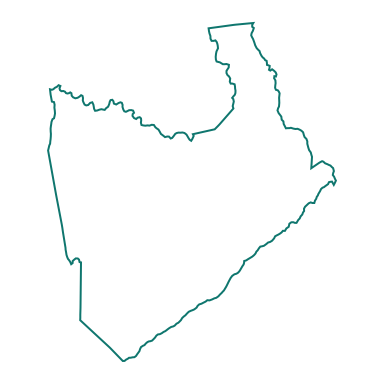 Queimadas, Bahia, Brazil
{"feature_id": "56859067B17136917301382", "entity_name": "Queimadas", "entity_type": "district", "adm_level": 2, "iso_a3": "BRA", "parent_name": "Brazil", "parent_adm1": "Bahia", "projection": "equal_earth", "projection_center": [-39.706, -11.046], "detail": "fine", "context": "isolated", "style": "outline", "palette": "teal", "viewbox_px": 384, "rotation_deg": 0, "n_neighbors": 0, "source": "geoboundaries", "source_scale": "gbopen_adm2", "svg_char_len": 5262}
<svg xmlns="http://www.w3.org/2000/svg" viewBox="0 0 384 384"><path d="M208.6,28.3L209.0,31.2L209.5,33.5L210.4,36.0L210.5,38.7L211.6,40.9L213.5,40.9L215.4,40.4L216.7,42.0L217.3,43.7L217.7,45.5L218.0,48.3L216.5,51.4L216.0,53.9L215.7,56.9L215.9,59.6L216.6,61.5L218.4,62.0L219.8,62.3L221.4,63.3L222.9,64.2L224.8,64.2L226.4,64.0L228.9,64.8L228.7,67.5L227.5,69.3L226.5,70.9L226.5,73.1L227.5,75.1L229.0,76.4L230.2,78.5L229.8,81.7L230.7,83.6L232.5,83.6L234.6,84.3L235.0,86.5L235.1,88.4L235.5,90.7L235.4,93.1L234.8,94.8L233.5,96.2L232.2,97.9L233.3,99.1L233.8,101.5L233.3,103.7L232.7,106.1L233.4,108.5L219.6,124.3L217.7,126.3L214.7,129.3L192.9,134.2L193.7,135.9L192.9,137.7L192.2,139.2L191.2,140.8L189.7,139.8L188.7,138.4L187.8,136.8L186.5,134.6L184.5,133.0L182.5,132.5L180.4,132.7L178.6,132.6L176.8,133.0L175.3,133.8L173.5,136.3L172.2,137.9L170.7,138.5L169.0,136.6L167.3,136.5L165.0,137.1L162.8,135.3L160.9,133.9L159.7,131.6L158.4,129.5L157.0,128.6L155.4,127.3L153.9,125.0L151.7,124.8L149.6,125.6L147.5,125.4L145.3,125.7L143.1,125.4L141.5,125.0L140.9,122.7L141.2,120.4L141.0,118.4L139.7,117.2L137.6,117.7L136.2,119.0L134.1,118.1L132.5,115.9L132.7,114.1L134.0,112.8L133.1,110.6L131.4,110.1L129.1,110.2L127.4,111.1L125.9,111.8L124.3,111.3L123.3,109.5L122.5,106.9L122.6,104.9L121.8,102.8L120.4,102.3L118.6,103.0L116.2,104.5L113.9,103.6L113.4,101.2L112.3,99.8L110.6,100.1L109.8,101.6L109.2,104.2L108.1,106.7L106.1,108.2L104.7,109.9L103.2,109.6L101.4,109.2L99.3,109.7L97.2,110.5L95.1,110.8L94.1,108.8L93.8,106.9L93.4,104.7L92.3,102.3L90.2,102.9L88.2,105.0L86.2,105.4L84.6,104.6L83.4,102.2L82.8,100.5L83.0,98.0L82.5,95.9L81.1,95.2L79.5,96.6L77.6,97.8L75.3,98.3L73.1,97.3L71.7,95.7L71.4,93.2L70.2,92.4L68.9,93.2L67.4,93.5L66.0,93.1L65.0,91.7L63.3,91.0L61.4,91.2L60.0,90.1L59.5,88.3L60.4,86.0L58.6,85.2L56.9,86.8L54.9,87.8L53.4,89.2L51.9,89.8L50.0,89.3L50.6,94.6L51.9,101.6L54.0,102.1L54.6,104.7L54.4,107.7L54.8,110.6L55.0,113.5L54.6,115.8L54.0,118.3L52.5,119.2L51.5,121.9L51.2,124.2L50.9,126.1L50.6,128.6L50.7,131.6L50.9,133.9L50.8,136.6L50.6,139.1L50.3,141.3L50.1,143.7L49.3,145.4L48.7,148.0L48.1,150.5L56.0,194.3L56.6,197.5L61.8,224.6L62.4,228.2L62.9,231.8L65.5,247.8L65.6,249.6L66.1,252.3L66.5,254.9L67.3,257.3L68.0,258.9L69.1,260.2L70.2,261.9L71.2,264.2L72.6,263.1L72.7,261.0L74.5,259.4L75.8,258.4L77.8,258.5L79.0,259.6L79.6,262.1L81.0,262.4L80.5,307.8L80.3,314.6L80.3,317.8L80.2,320.2L94.0,333.0L109.8,347.6L122.8,361.0L124.6,360.9L126.1,359.6L127.7,358.8L129.0,357.8L130.8,357.7L132.7,357.3L134.4,357.2L136.0,356.0L137.4,353.9L139.4,351.2L140.1,349.0L141.0,347.1L142.9,345.8L144.5,345.1L145.7,343.6L147.4,342.1L148.9,341.4L150.4,341.2L152.1,340.6L153.9,338.8L155.1,337.5L156.4,335.6L158.0,334.4L159.8,334.2L161.8,333.2L163.6,331.9L165.0,331.3L166.3,330.4L167.4,329.5L169.3,328.1L171.3,326.9L173.0,326.5L174.6,325.7L176.5,323.7L178.4,322.7L180.9,320.2L182.2,318.0L183.9,316.4L185.4,315.3L186.8,313.7L188.7,311.8L190.8,310.8L192.2,310.3L193.9,309.6L195.5,308.5L196.7,307.5L197.5,306.0L199.2,304.4L201.5,303.7L203.4,302.7L205.6,301.6L207.3,300.2L209.5,300.4L212.2,299.4L214.2,298.4L216.3,297.8L218.4,296.3L220.0,294.5L221.7,292.9L222.8,291.6L223.9,290.5L225.1,288.5L226.3,286.5L227.4,284.3L228.5,282.0L229.5,280.1L230.7,277.9L232.2,275.9L234.4,274.3L236.2,273.8L237.7,273.0L239.2,271.5L240.2,270.0L241.3,268.1L242.4,266.2L243.6,264.5L244.1,262.8L244.2,261.0L246.2,260.4L248.0,259.2L249.7,258.2L252.3,256.6L254.1,255.1L255.5,253.5L256.4,251.6L257.6,250.4L259.0,248.2L260.3,246.6L262.0,246.3L263.9,245.8L265.3,244.8L266.5,243.9L268.1,242.5L270.0,242.0L272.0,240.8L274.1,238.4L275.1,236.3L276.7,235.4L278.5,234.5L280.0,233.6L281.6,232.4L282.9,230.8L284.9,230.9L286.4,228.4L288.7,226.8L289.4,223.7L291.3,222.3L293.2,222.2L295.0,222.9L296.5,222.9L298.3,219.9L299.7,218.5L300.6,216.4L302.3,214.5L303.0,212.5L304.1,211.0L304.0,208.7L305.1,206.7L306.6,205.3L308.7,203.3L310.7,202.4L312.4,203.0L314.3,203.0L315.0,200.6L316.2,198.8L316.8,196.8L317.8,195.5L318.4,193.9L320.1,191.1L321.0,189.1L322.5,187.7L323.9,187.2L325.3,186.1L326.7,185.1L328.1,184.1L328.9,182.2L330.4,181.8L332.0,181.6L333.8,184.9L334.8,183.0L335.9,180.6L335.0,178.9L334.1,176.7L332.8,175.0L333.2,173.0L333.9,171.1L333.1,168.1L331.8,167.0L330.5,165.6L328.8,164.9L327.4,164.2L325.1,163.3L323.4,161.7L322.1,161.2L320.8,161.9L319.5,162.6L311.3,168.2L312.0,156.8L311.4,154.9L310.8,152.5L309.1,150.1L308.3,147.6L307.8,145.7L307.3,143.8L307.3,141.3L306.4,138.9L304.6,137.1L303.9,135.2L303.1,132.3L301.4,130.7L299.7,129.7L297.6,128.8L295.5,129.0L293.4,128.6L290.9,127.8L289.5,128.1L288.1,128.1L285.9,128.3L284.8,126.1L283.7,124.0L283.4,121.4L281.7,119.7L281.3,116.6L279.9,114.7L278.7,113.2L277.5,110.4L278.1,108.3L279.0,106.5L279.3,102.9L279.2,100.0L279.1,97.8L279.4,95.2L279.6,93.3L278.8,91.6L277.8,90.3L275.9,89.8L275.1,87.8L275.3,85.3L275.6,83.2L275.4,80.4L274.1,78.2L274.4,76.2L275.9,76.5L276.5,74.4L275.7,72.4L274.1,70.8L272.1,69.3L270.3,70.6L269.0,69.8L269.5,68.1L269.7,65.9L268.4,65.3L267.0,64.9L266.9,62.9L266.6,60.8L265.2,60.2L264.1,58.5L262.7,57.4L261.5,55.8L260.2,53.3L259.5,51.0L258.4,50.0L256.7,48.2L255.2,45.3L254.4,42.7L253.1,39.1L251.9,36.9L251.2,35.3L251.6,33.2L252.9,30.8L253.8,28.0L252.2,26.8L252.2,24.9L253.3,23.0L235.3,24.7L233.6,24.9L208.6,28.3Z" fill="none" stroke="#0f766e" stroke-width="2"/></svg>